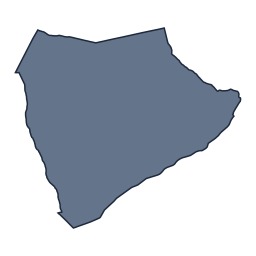 the district of Anaurilândia, Mato Grosso do Sul, Brazil
{"feature_id": "56859067B19851013015279", "entity_name": "Anaurilândia", "entity_type": "district", "adm_level": 2, "iso_a3": "BRA", "parent_name": "Brazil", "parent_adm1": "Mato Grosso do Sul", "projection": "albers", "projection_center": [-52.789, -22.153], "detail": "fine", "context": "isolated", "style": "filled", "palette": "slate", "viewbox_px": 256, "rotation_deg": 0, "n_neighbors": 0, "source": "geoboundaries", "source_scale": "gbopen_adm2", "svg_char_len": 3522}
<svg xmlns="http://www.w3.org/2000/svg" viewBox="0 0 256 256"><path d="M233.9,116.2L232.8,114.5L233.3,113.6L233.4,112.4L234.1,111.1L235.8,108.2L236.6,106.9L237.4,105.6L238.7,103.4L239.5,102.3L240.2,101.3L240.5,100.2L240.6,99.1L240.4,97.9L239.0,97.4L238.7,96.0L239.0,94.2L238.4,92.5L237.5,91.4L236.5,91.2L235.6,90.9L234.8,90.7L233.8,90.6L233.0,90.2L232.1,89.7L230.7,89.2L229.5,89.7L228.6,90.2L227.7,90.5L226.7,90.6L225.1,90.8L223.2,90.8L222.4,90.9L221.4,90.6L220.0,90.2L219.1,90.3L218.4,91.0L217.3,91.1L216.1,89.8L215.3,88.9L214.1,87.4L213.2,86.5L212.4,86.0L211.8,85.0L210.9,84.6L209.6,84.3L208.1,83.9L206.9,83.5L205.8,83.1L204.9,82.5L203.5,82.1L201.5,80.0L200.8,79.3L199.7,78.0L198.6,77.0L196.4,74.1L195.4,73.5L194.6,73.0L194.0,72.4L193.3,71.6L192.4,71.0L190.7,70.2L189.3,70.0L188.5,69.5L187.5,68.4L186.3,67.3L184.9,66.7L184.1,65.8L183.0,64.9L181.8,64.2L181.2,63.5L180.6,62.8L180.0,62.1L179.5,61.1L178.9,60.3L178.0,59.6L177.3,59.0L176.5,58.1L175.4,57.0L174.2,56.0L173.5,55.4L172.6,54.9L171.6,53.8L171.8,51.9L171.8,50.1L171.4,48.9L171.1,47.8L170.4,46.5L169.2,44.8L168.2,43.7L167.6,41.9L164.2,28.0L158.5,29.3L152.2,30.6L142.2,32.7L134.5,34.4L123.2,36.9L108.7,40.0L103.0,41.3L98.3,42.3L97.1,42.6L95.6,42.8L93.7,42.4L91.4,41.9L90.4,41.7L88.0,41.1L84.7,40.4L78.5,38.9L77.1,38.6L75.1,38.1L72.1,37.4L70.3,37.0L68.7,36.8L67.0,37.0L64.4,36.6L62.6,36.1L61.1,35.8L59.6,35.4L58.4,35.5L56.9,35.8L55.8,35.9L52.2,35.6L50.6,35.4L49.7,35.4L48.9,35.2L48.1,34.8L46.7,33.8L44.9,32.6L43.9,32.0L41.8,31.4L39.8,30.8L37.8,30.0L32.8,38.7L15.4,72.6L16.8,72.7L18.0,72.6L19.0,72.6L24.7,84.5L24.8,85.6L24.8,86.5L24.9,87.4L24.9,89.6L25.1,91.0L25.5,92.2L25.9,93.3L26.1,94.9L26.4,96.0L26.6,97.5L26.6,99.2L27.0,100.3L27.0,101.3L27.3,102.4L27.3,103.5L27.3,104.9L27.0,106.4L26.9,107.5L26.9,108.9L26.5,109.9L26.0,111.4L25.6,112.7L25.6,113.8L25.6,115.6L25.8,116.9L26.0,118.1L26.2,119.3L26.2,120.4L26.3,121.6L26.4,122.7L26.6,123.8L26.8,124.7L27.2,125.7L27.9,126.9L28.8,127.9L29.5,128.8L29.8,129.9L29.9,131.4L30.3,133.1L30.7,134.2L31.1,135.8L31.8,137.3L33.0,138.4L33.4,139.8L34.0,140.9L34.4,141.8L34.6,142.9L34.9,144.0L35.2,145.1L35.4,146.4L35.9,147.8L36.9,149.3L37.8,150.0L38.5,150.5L38.7,151.6L39.5,152.6L40.2,154.3L40.8,155.4L41.3,156.5L42.0,158.0L42.2,159.6L42.6,160.8L43.3,161.6L44.0,162.6L44.6,164.0L45.1,165.5L45.4,166.8L45.9,168.3L46.1,169.9L46.1,171.6L45.9,173.0L46.0,174.0L46.2,175.1L46.7,176.3L47.0,177.7L47.6,178.9L48.3,180.0L49.0,181.2L49.8,182.4L50.9,183.4L51.7,184.1L52.4,184.8L53.5,185.7L54.6,186.8L55.2,188.2L56.1,189.0L56.6,189.8L56.9,190.9L57.5,192.4L57.9,193.6L58.1,194.6L58.1,195.6L58.0,196.8L58.2,197.7L58.6,199.5L59.2,200.8L59.5,202.3L59.7,203.2L60.1,204.4L60.1,205.7L60.2,207.1L60.4,208.6L61.6,211.0L61.7,212.2L60.4,212.3L59.0,212.7L58.0,213.0L58.8,213.8L59.6,214.3L67.3,221.8L69.3,223.9L73.4,228.0L76.1,227.1L77.3,226.6L87.5,223.0L88.6,222.6L91.0,221.7L99.4,218.0L100.3,217.3L104.5,209.9L105.3,209.2L110.7,204.2L112.9,202.2L113.7,201.5L116.5,198.3L131.7,187.4L137.9,184.9L146.3,178.5L157.7,175.0L159.3,174.3L160.7,173.3L162.2,171.7L163.3,170.4L164.2,169.2L165.3,168.5L167.1,167.4L169.4,166.6L172.9,165.3L174.5,164.2L175.9,162.3L177.6,160.5L179.8,159.0L182.3,157.8L187.3,156.4L188.6,156.0L190.5,155.4L193.3,153.6L196.0,151.8L199.1,150.8L200.7,150.6L201.8,150.7L202.7,150.3L204.8,149.0L205.9,148.3L207.2,146.9L208.3,143.3L214.3,139.1L215.5,138.2L216.4,137.3L218.4,135.6L219.5,134.1L220.4,133.0L222.1,131.4L227.3,126.9L229.2,124.6L230.5,121.4L231.2,119.9L232.6,117.7L233.9,116.2Z" fill="#64748b" stroke="#1e293b" stroke-width="1.5"/></svg>